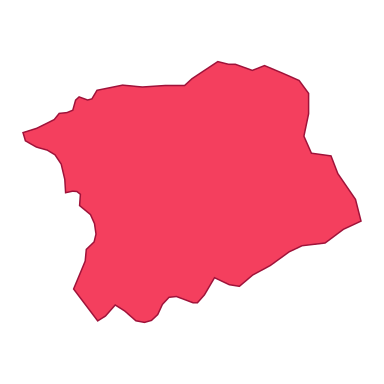 outline of Dilidjan, Tavush, Armenia
{"feature_id": "60910142B28859062428936", "entity_name": "Dilidjan", "entity_type": "district", "adm_level": 2, "iso_a3": "ARM", "parent_name": "Armenia", "parent_adm1": "Tavush", "projection": "orthographic", "projection_center": [44.852, 40.743], "detail": "fine", "context": "isolated", "style": "filled", "palette": "rose", "viewbox_px": 384, "rotation_deg": 0, "n_neighbors": 0, "source": "geoboundaries", "source_scale": "gbopen_adm2", "svg_char_len": 1049}
<svg xmlns="http://www.w3.org/2000/svg" viewBox="0 0 384 384"><path d="M73.6,289.0L97.7,320.9L105.5,316.0L115.2,305.0L124.6,310.9L135.9,320.8L144.5,322.4L151.5,320.4L157.7,314.6L162.4,304.4L169.0,297.3L176.4,296.5L193.1,302.8L197.4,302.8L204.4,294.9L214.5,277.7L229.3,284.7L239.4,286.3L252.7,275.0L270.3,265.5L289.2,251.8L302.1,245.7L325.1,243.0L343.4,229.3L361.0,221.1L355.5,199.4L337.8,173.6L331.0,155.9L311.4,153.2L303.9,136.2L308.6,113.8L308.6,93.4L299.1,80.5L282.1,73.0L264.5,65.6L252.3,70.4L235.4,64.3L228.6,64.3L217.8,61.6L213.7,64.3L192.1,78.6L184.6,85.5L165.0,85.5L142.5,87.0L136.7,86.5L132.0,86.0L123.3,85.2L122.7,85.1L97.0,90.3L91.9,98.9L87.6,100.0L79.1,96.9L75.6,100.1L72.8,110.2L67.0,112.6L59.2,113.4L54.2,119.6L36.7,128.3L23.0,132.6L24.8,138.7L25.4,140.8L31.3,144.2L36.3,147.0L38.9,147.8L47.2,150.1L55.0,154.8L61.2,164.1L64.8,179.4L65.6,192.7L72.6,191.2L76.9,191.5L80.4,194.3L79.6,205.6L90.5,214.6L94.5,223.6L96.0,234.1L94.1,241.9L86.3,249.4L85.2,261.1L80.9,271.5L73.6,289.0Z" fill="#f43f5e" stroke="#9f1239" stroke-width="1.5"/></svg>